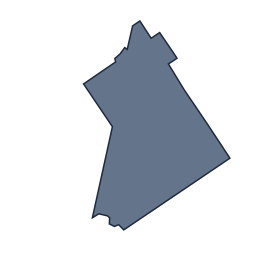 outline of Kings, California, United States of America, rotated 326°
{"feature_id": "52423323B67805499468895", "entity_name": "Kings", "entity_type": "district", "adm_level": 2, "iso_a3": "USA", "parent_name": "United States of America", "parent_adm1": "California", "projection": "mercator", "projection_center": [-119.844, 36.139], "detail": "fine", "context": "isolated", "style": "filled", "palette": "slate", "viewbox_px": 256, "rotation_deg": 326, "n_neighbors": 0, "source": "geoboundaries", "source_scale": "gbopen_adm2", "svg_char_len": 484}
<svg xmlns="http://www.w3.org/2000/svg" viewBox="0 0 256 256"><g transform="rotate(326 128 128)"><path d="M67.5,210.1L71.2,210.1L195.6,210.0L196.0,169.4L196.0,148.9L195.9,128.5L197.3,97.5L207.6,97.6L207.7,90.9L207.6,66.6L197.4,66.5L197.7,45.9L189.0,45.9L171.3,62.4L170.3,59.5L162.6,62.2L156.0,63.0L154.6,66.3L115.8,66.6L115.8,118.2L48.3,182.5L55.8,182.8L61.9,189.4L62.5,192.2L58.9,197.1L61.7,202.0L66.2,203.0L67.5,210.1Z" fill="#64748b" stroke="#1e293b" stroke-width="1.5"/></g></svg>